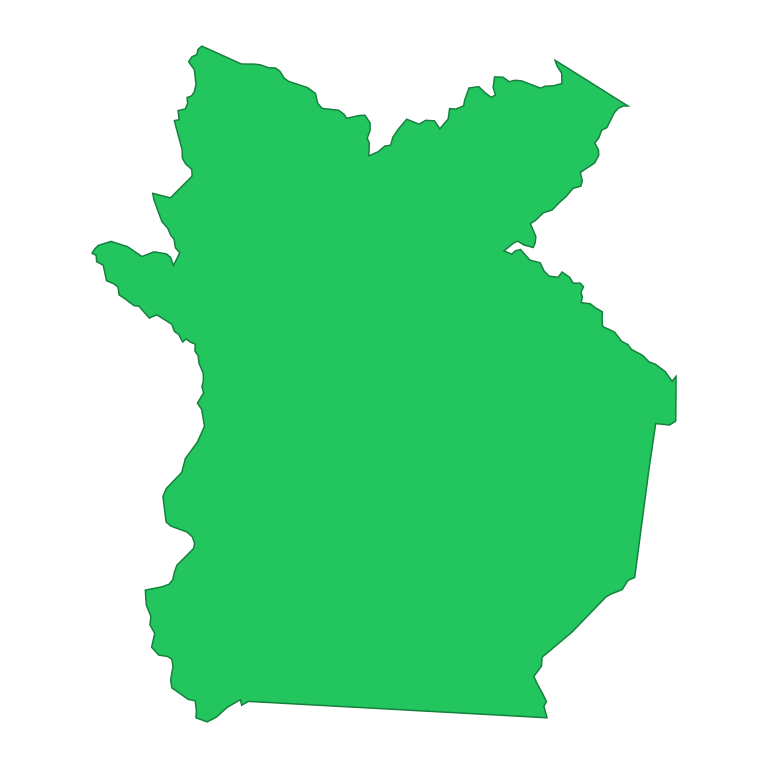 outline of Santo Antônio da Patrulha, Rio Grande do Sul, Brazil
{"feature_id": "56859067B91421795940540", "entity_name": "Santo Antônio da Patrulha", "entity_type": "district", "adm_level": 2, "iso_a3": "BRA", "parent_name": "Brazil", "parent_adm1": "Rio Grande do Sul", "projection": "orthographic", "projection_center": [-50.578, -29.863], "detail": "fine", "context": "isolated", "style": "filled", "palette": "green", "viewbox_px": 768, "rotation_deg": 0, "n_neighbors": 0, "source": "geoboundaries", "source_scale": "gbopen_adm2", "svg_char_len": 3073}
<svg xmlns="http://www.w3.org/2000/svg" viewBox="0 0 768 768"><path d="M547.0,717.8L543.9,706.1L546.5,701.7L543.2,694.8L536.7,682.8L533.9,676.4L541.5,666.1L542.0,657.3L572.1,632.0L605.8,597.1L610.4,594.3L622.2,589.6L628.0,580.4L634.7,577.5L648.8,470.5L655.7,423.6L669.6,425.0L675.7,421.1L676.0,393.0L676.0,376.4L672.1,381.3L665.1,371.5L655.3,364.2L649.0,361.9L642.8,355.5L631.5,349.4L627.9,344.6L621.6,341.3L614.6,332.1L602.6,326.5L602.1,319.0L602.4,311.8L595.9,308.2L590.3,303.8L581.2,302.6L582.4,297.0L581.0,292.3L583.5,286.8L580.3,283.1L573.2,283.2L569.8,277.5L562.1,272.0L558.1,277.3L549.1,276.1L544.1,271.1L540.2,262.8L529.9,260.1L520.5,249.5L515.2,250.9L511.8,254.2L504.0,250.9L513.5,243.1L517.7,241.1L524.0,245.0L533.2,247.5L535.2,242.8L535.9,236.7L530.4,223.6L535.2,220.6L543.4,212.8L552.1,210.0L559.6,202.3L565.9,196.8L573.0,188.4L580.8,186.2L582.3,180.9L580.4,172.4L594.6,163.0L598.7,155.4L598.5,149.9L594.8,143.1L598.8,138.0L601.7,130.1L606.8,127.7L614.2,112.9L618.1,108.5L623.2,106.0L628.0,106.0L616.7,99.0L583.6,78.1L555.1,60.3L557.3,66.5L561.7,73.2L561.9,83.5L553.1,85.9L545.2,86.2L540.4,88.1L521.4,80.8L515.1,80.3L509.2,81.7L503.0,77.2L494.6,76.9L493.1,87.5L495.5,95.0L491.2,97.3L485.4,93.0L478.7,86.6L469.0,88.0L464.8,99.7L463.6,105.8L455.9,109.1L449.6,108.6L448.2,118.9L439.8,128.8L434.5,120.8L425.7,120.3L419.1,124.2L406.7,119.2L398.6,128.8L392.9,137.1L390.6,145.2L384.8,146.1L378.2,151.7L368.9,155.8L369.3,143.0L367.2,138.2L370.1,130.4L370.1,123.1L365.0,115.2L359.2,115.5L346.7,118.3L343.9,114.1L338.5,110.2L322.2,108.4L317.7,103.3L315.5,93.5L307.3,87.5L288.7,81.4L284.3,78.3L279.8,71.1L275.5,68.0L268.7,67.8L260.2,64.8L254.2,64.1L247.6,64.1L241.2,63.9L201.8,46.1L198.0,49.4L196.9,54.5L192.0,56.7L188.6,61.7L194.3,69.7L196.0,84.5L194.3,91.8L191.5,95.9L187.1,97.5L187.6,103.6L185.2,109.0L178.0,110.6L179.2,119.7L174.4,120.6L175.9,126.6L178.0,134.4L182.1,149.7L182.4,158.3L185.6,163.9L191.8,169.5L192.1,176.1L170.4,197.9L152.7,193.3L154.0,200.0L162.0,221.8L167.7,228.1L170.7,235.3L174.0,239.2L175.5,247.9L179.8,252.8L173.4,265.6L170.6,257.3L166.3,253.9L154.0,251.8L142.0,256.5L127.2,246.5L122.6,245.1L111.1,241.4L98.3,245.4L94.9,248.8L92.0,253.2L96.2,255.4L96.6,261.6L103.2,265.2L106.5,280.7L113.8,283.8L118.0,287.1L119.1,294.9L125.0,298.8L134.1,305.7L138.9,306.2L149.3,318.1L156.7,314.8L171.7,324.2L174.4,331.4L178.5,334.2L182.6,342.0L186.1,339.0L190.5,342.2L195.3,344.2L194.9,351.1L198.1,355.6L198.9,363.1L203.3,373.4L203.3,381.6L201.9,386.5L203.6,392.9L197.4,403.1L201.7,409.5L202.6,415.1L204.5,426.2L202.2,431.4L197.3,442.2L185.4,458.4L181.8,472.3L166.4,488.4L162.9,496.5L166.1,522.0L171.0,526.2L186.9,532.0L192.4,537.0L194.6,543.3L193.6,548.4L188.8,553.3L177.0,565.1L174.6,571.4L172.7,579.8L169.1,584.2L162.1,586.8L145.3,590.1L146.3,605.1L150.9,616.4L149.9,624.8L154.7,633.4L151.6,647.3L158.8,655.1L167.7,656.5L171.8,659.3L173.0,666.4L170.6,680.1L171.9,687.9L188.2,699.4L195.2,700.8L196.4,711.2L195.9,717.8L207.2,721.9L216.6,717.0L227.2,707.3L240.4,699.7L241.7,705.3L248.3,701.4L547.0,717.8Z" fill="#22c55e" stroke="#15803d" stroke-width="1.5"/></svg>